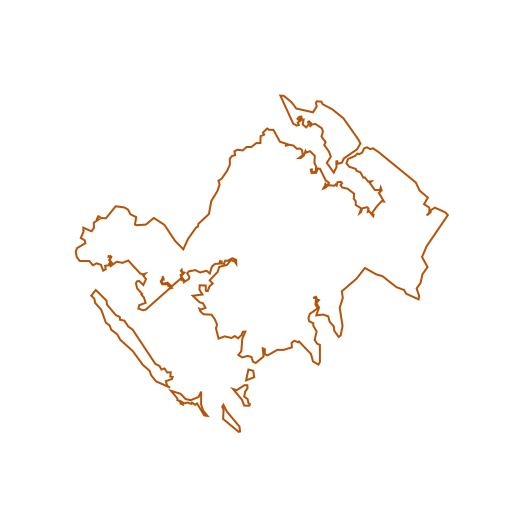 Wete, Kaskazini-Pemba, United Republic of Tanzania (orthographic projection), rotated 304°
{"feature_id": "72390352B34611789685005", "entity_name": "Wete", "entity_type": "district", "adm_level": 2, "iso_a3": "TZA", "parent_name": "United Republic of Tanzania", "parent_adm1": "Kaskazini-Pemba", "projection": "orthographic", "projection_center": [39.725, -5.092], "detail": "fine", "context": "isolated", "style": "outline", "palette": "amber", "viewbox_px": 512, "rotation_deg": 304, "n_neighbors": 0, "source": "geoboundaries", "source_scale": "gbopen_adm2", "svg_char_len": 6148}
<svg xmlns="http://www.w3.org/2000/svg" viewBox="0 0 512 512"><g transform="rotate(304 256 256)"><path d="M203.4,110.5L200.9,106.6L200.8,103.0L197.7,103.4L198.3,105.1L192.9,102.9L188.8,105.9L184.5,105.9L182.9,97.0L179.7,99.4L172.9,100.7L173.2,105.3L171.2,107.4L162.4,103.2L158.6,104.3L154.9,108.0L153.3,112.6L158.6,120.7L157.1,126.0L160.8,127.9L162.0,132.4L158.4,137.5L161.0,138.8L163.5,136.4L166.4,139.6L167.5,138.5L169.1,139.4L170.5,136.5L174.1,136.2L172.8,134.2L174.4,133.5L173.3,134.0L174.6,135.3L174.2,136.6L170.9,136.9L169.6,140.6L167.9,139.0L166.3,141.1L173.3,143.7L175.7,149.2L180.8,152.6L176.8,169.6L177.2,172.1L179.4,174.0L176.8,173.5L175.2,177.8L168.9,178.8L170.0,173.2L168.4,171.5L166.3,171.7L162.7,175.6L160.9,182.8L159.9,182.6L158.9,186.3L155.4,190.7L149.9,186.7L146.6,187.9L147.9,192.8L150.0,194.6L180.3,202.4L182.4,204.0L182.2,199.8L183.6,199.1L180.1,194.1L181.5,191.3L184.7,191.0L185.0,192.2L187.1,189.7L185.4,192.3L182.1,191.9L180.9,194.5L184.4,197.5L183.7,203.1L194.3,206.0L194.5,207.8L198.8,203.5L198.1,204.8L201.2,205.3L201.0,204.0L201.7,202.0L203.0,202.1L201.3,203.7L202.2,205.9L197.3,205.1L195.8,209.7L194.0,210.9L199.5,213.2L201.3,212.6L203.2,208.6L205.9,209.0L210.4,213.7L211.1,218.9L216.1,223.2L215.7,227.5L222.5,225.3L226.6,226.5L229.1,229.8L231.7,229.1L232.2,230.6L229.8,230.5L231.8,233.8L235.0,233.1L236.1,235.1L240.9,237.6L241.7,241.6L238.5,244.0L239.6,241.1L238.4,237.4L232.5,237.0L226.4,231.6L221.3,233.1L210.0,231.2L208.9,235.5L204.8,234.4L199.8,235.6L199.1,233.8L203.4,230.8L200.2,225.7L196.4,228.0L194.1,233.1L187.7,225.8L186.1,235.3L187.2,238.3L184.8,243.1L180.8,240.3L180.6,238.6L179.0,240.8L178.3,245.0L182.5,252.0L180.4,257.4L177.5,261.9L173.5,263.4L166.6,271.2L171.8,274.9L174.4,281.6L177.8,283.2L177.7,287.1L182.4,288.2L185.7,287.4L187.4,289.4L179.7,290.9L168.8,297.1L164.1,296.7L164.2,301.3L168.5,304.9L169.7,308.7L166.7,312.6L167.2,315.6L176.9,318.5L183.2,313.2L183.6,315.5L179.5,318.1L180.1,321.2L190.2,326.2L193.5,331.3L200.3,336.8L204.0,334.1L207.2,335.2L208.1,339.4L209.2,339.5L205.5,356.4L200.5,362.1L200.9,368.5L203.8,368.3L218.0,358.7L217.5,355.5L219.3,351.5L227.3,348.5L230.2,342.5L232.3,341.2L231.6,336.6L234.0,334.1L238.1,333.0L247.2,336.4L248.9,332.5L254.9,329.3L253.2,326.8L255.7,328.5L254.1,330.9L254.6,332.8L250.6,332.4L248.5,337.1L240.5,339.2L245.0,344.4L246.4,349.6L242.7,353.8L241.1,359.9L237.8,362.7L235.1,369.8L237.4,370.6L246.4,366.9L259.9,354.3L269.8,351.4L274.7,346.9L293.3,352.0L307.0,353.0L308.0,366.0L310.0,372.1L308.7,389.9L310.6,397.7L308.7,401.7L311.0,415.0L314.3,413.4L318.9,407.3L325.7,407.5L333.9,404.2L342.8,404.4L348.0,394.2L359.5,392.0L397.2,392.2L398.0,388.4L396.1,377.2L391.4,375.2L390.0,376.3L385.0,374.9L388.7,375.3L391.9,373.7L393.1,372.1L392.9,366.4L400.5,365.8L401.7,355.1L406.3,347.4L410.7,299.3L410.7,292.8L408.5,291.0L408.1,287.1L405.7,285.4L401.0,286.2L398.3,284.7L397.7,282.9L394.3,282.2L388.0,278.1L383.3,279.2L382.1,283.4L384.0,290.0L382.8,291.8L383.8,295.6L380.9,301.3L382.0,302.2L380.4,307.3L382.5,310.0L380.2,309.4L377.2,317.6L379.9,322.0L382.5,321.1L380.7,323.5L377.0,322.6L372.7,331.6L371.7,329.5L364.3,328.4L356.0,328.2L356.0,330.4L354.5,330.9L356.4,324.8L355.1,324.0L358.4,322.6L358.4,320.6L354.7,317.3L351.3,318.5L349.4,317.9L354.3,316.6L354.1,310.2L357.3,307.8L358.2,304.9L362.5,302.6L363.0,294.3L361.0,289.2L362.0,286.5L364.5,286.7L364.9,284.7L362.7,282.3L359.5,283.5L359.8,282.0L358.1,281.7L355.6,277.2L356.1,276.1L354.7,276.4L353.6,275.7L354.2,274.1L352.1,275.7L350.8,274.9L351.6,274.2L349.8,274.3L349.5,274.1L351.5,273.8L351.8,274.2L351.1,274.9L351.9,275.4L353.9,273.5L354.4,274.5L354.0,275.6L354.4,275.9L357.5,275.5L357.7,271.5L364.1,260.2L363.1,258.3L358.5,259.3L355.9,255.6L358.2,253.1L359.0,253.8L356.3,255.9L359.7,258.3L363.8,255.8L365.8,252.4L371.9,248.7L373.1,242.1L369.9,239.9L370.8,238.3L366.0,239.5L362.1,238.2L361.2,236.8L365.7,238.4L369.5,235.0L369.7,232.4L367.7,230.0L368.5,225.2L366.8,221.3L363.6,218.7L366.2,219.2L364.1,212.0L370.3,199.9L367.9,196.2L368.0,194.0L362.2,192.7L361.2,194.9L357.9,192.8L352.1,196.5L349.8,193.1L343.7,191.2L341.2,187.3L336.1,186.0L333.7,181.1L330.7,179.6L327.9,182.3L325.5,180.2L322.0,179.9L316.8,183.4L310.3,184.4L301.0,184.3L297.4,182.8L295.0,185.8L288.2,187.7L276.5,188.2L264.5,193.5L250.6,190.3L247.8,191.4L246.2,190.4L231.9,190.1L220.9,192.0L223.3,180.4L230.6,162.6L230.4,150.0L220.4,147.1L214.6,139.5L214.4,138.1L221.2,134.9L220.4,128.6L222.9,124.0L222.7,119.9L218.8,111.9L203.4,110.5ZM403.4,199.3L404.3,189.4L402.6,186.5L386.5,212.9L386.9,216.8L388.6,218.3L390.0,216.0L392.4,217.0L392.9,213.7L394.2,213.8L394.3,215.6L395.7,214.3L397.0,215.6L394.6,218.0L395.7,219.2L391.2,221.1L390.7,225.7L394.8,226.1L396.2,224.2L397.3,224.6L396.9,227.4L393.2,228.6L396.0,228.6L398.7,231.3L398.7,239.1L396.6,241.9L391.6,243.5L389.3,250.1L386.2,250.5L383.3,258.2L380.1,262.5L372.8,262.6L368.6,273.9L374.8,273.0L379.3,269.7L380.0,270.3L378.3,272.3L381.3,275.0L386.1,274.3L401.2,280.2L407.7,279.6L409.8,275.8L419.0,251.6L420.3,237.3L419.1,226.6L420.5,223.8L418.3,220.0L416.3,220.1L414.0,222.7L407.0,222.9L400.8,206.9L403.4,199.3ZM138.2,142.2L131.0,141.6L130.2,145.8L127.1,149.1L124.9,157.8L116.8,168.8L116.5,173.5L113.9,177.3L113.5,184.6L110.6,190.5L108.3,207.0L102.5,222.9L101.3,232.0L98.5,235.8L96.2,243.2L98.8,258.4L98.7,255.0L101.8,251.3L107.1,255.1L109.1,254.5L108.1,252.4L111.9,250.3L109.8,247.6L111.6,243.0L109.0,241.1L110.9,237.5L110.2,233.0L126.0,194.8L126.1,189.5L128.8,183.0L127.1,178.9L129.3,177.1L128.6,172.8L132.4,159.5L135.4,157.1L138.2,142.2ZM99.6,270.6L96.7,260.9L94.0,270.5L92.5,271.4L93.0,274.5L91.5,275.9L91.8,278.0L93.5,275.5L93.6,278.8L96.0,280.9L97.3,285.1L98.6,284.9L98.6,288.7L100.8,289.6L94.9,302.3L96.3,305.2L98.3,298.6L102.1,293.6L112.9,286.4L107.0,287.2L100.0,282.5L98.0,277.6L99.6,270.6ZM110.8,318.7L114.4,312.2L112.1,312.3L110.4,315.1L102.5,319.9L100.5,340.0L101.6,340.9L105.3,337.7L110.8,318.7ZM142.5,318.7L134.0,315.0L132.9,311.3L129.0,324.7L125.4,329.9L128.2,334.2L129.8,333.8L129.8,332.0L132.7,329.0L132.8,324.9L137.2,322.9L141.7,322.9L144.0,321.1L142.5,318.7ZM159.3,317.9L157.6,313.2L147.4,317.3L154.5,322.3L159.3,317.9Z" fill="none" stroke="#b45309" stroke-width="2"/></g></svg>